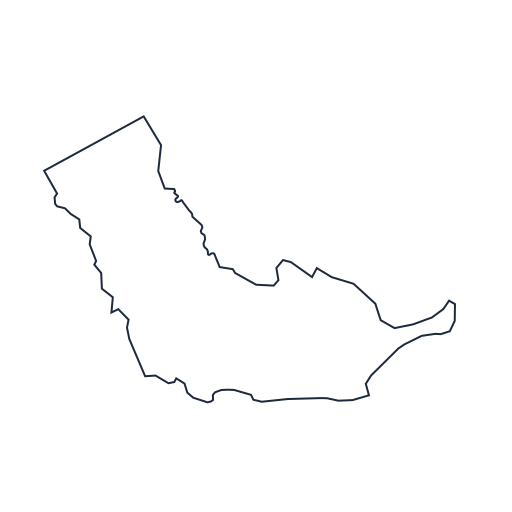 the district of Kent, Maryland, United States of America, rotated 245°
{"feature_id": "52423323B63738133159827", "entity_name": "Kent", "entity_type": "district", "adm_level": 2, "iso_a3": "USA", "parent_name": "United States of America", "parent_adm1": "Maryland", "projection": "mercator", "projection_center": [-76.025, 39.196], "detail": "fine", "context": "isolated", "style": "outline", "palette": "slate", "viewbox_px": 512, "rotation_deg": 245, "n_neighbors": 0, "source": "geoboundaries", "source_scale": "gbopen_adm2", "svg_char_len": 1849}
<svg xmlns="http://www.w3.org/2000/svg" viewBox="0 0 512 512"><g transform="rotate(245 256 256)"><path d="M422.8,100.0L396.7,102.1L394.2,98.2L388.2,96.0L385.0,96.8L380.0,103.0L372.5,105.8L363.9,111.3L355.7,108.5L343.6,114.5L336.8,110.2L319.0,109.0L316.5,105.8L306.0,108.5L291.5,102.5L279.1,108.8L265.9,101.1L266.0,108.8L263.2,109.7L252.2,113.6L245.6,108.8L234.4,106.1L193.9,104.7L190.1,114.4L177.7,122.9L176.3,128.7L178.8,132.0L170.6,137.3L161.2,136.0L154.0,139.3L143.9,150.2L143.2,153.6L143.7,156.2L148.3,158.2L149.8,161.3L149.2,168.0L146.7,174.0L143.9,179.5L132.3,192.8L126.8,192.9L121.5,199.6L113.0,224.2L100.3,253.6L97.2,260.1L90.0,269.6L84.6,282.6L82.0,299.5L93.8,301.5L99.1,309.9L112.1,346.2L113.2,353.5L113.6,372.2L113.6,372.5L109.7,385.5L109.4,386.1L107.1,390.4L105.9,399.8L113.2,408.7L128.3,416.0L133.9,412.1L128.7,403.3L125.9,389.3L126.5,383.3L127.1,375.8L127.7,369.3L132.1,351.1L145.1,341.9L156.1,343.2L162.3,344.0L189.6,332.7L204.8,315.7L219.3,306.0L213.2,297.9L235.8,285.0L240.9,278.7L236.5,269.4L224.6,266.1L221.7,259.5L229.9,244.0L249.4,229.9L253.9,229.4L261.3,218.4L275.7,219.1L276.2,218.8L276.7,218.1L277.0,217.3L277.1,216.5L276.8,214.9L276.8,214.1L277.0,213.7L277.4,213.3L277.7,213.3L278.2,213.4L278.9,213.6L279.7,214.0L280.6,214.3L281.6,214.4L282.7,214.4L285.5,213.2L287.3,213.0L289.7,213.9L292.5,216.8L295.2,217.8L296.8,218.0L299.8,216.2L301.9,216.5L304.4,219.3L305.3,219.7L307.1,219.8L318.4,215.0L320.0,215.5L321.1,215.8L322.5,215.7L325.7,214.6L335.6,212.6L337.5,212.4L338.0,212.1L338.2,211.7L337.9,210.9L337.8,209.7L338.0,207.8L338.7,206.8L339.6,206.4L340.9,206.6L341.8,207.4L342.4,209.7L343.0,210.5L343.7,210.6L346.0,209.3L347.5,208.6L348.2,208.9L348.5,209.8L349.5,210.2L351.3,210.1L355.7,201.8L374.3,203.3L396.6,216.8L430.0,213.2L427.2,169.6L422.8,100.1L422.8,100.0Z" fill="none" stroke="#1e293b" stroke-width="2"/></g></svg>